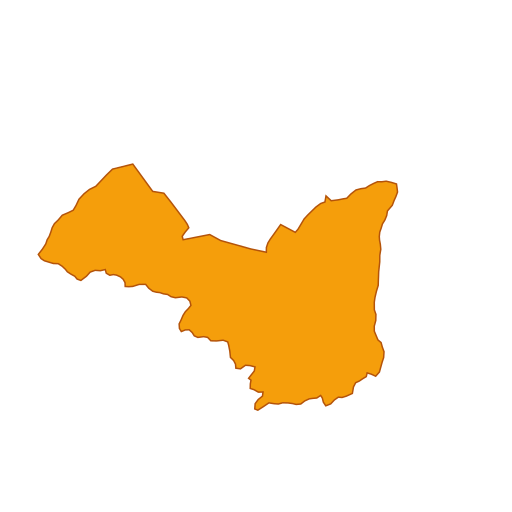 the district of São José do Jacuípe, Bahia, Brazil, rotated 43°
{"feature_id": "56859067B82221409109894", "entity_name": "São José do Jacuípe", "entity_type": "district", "adm_level": 2, "iso_a3": "BRA", "parent_name": "Brazil", "parent_adm1": "Bahia", "projection": "equal_earth", "projection_center": [-39.906, -11.422], "detail": "fine", "context": "isolated", "style": "filled", "palette": "amber", "viewbox_px": 512, "rotation_deg": 43, "n_neighbors": 0, "source": "geoboundaries", "source_scale": "gbopen_adm2", "svg_char_len": 2755}
<svg xmlns="http://www.w3.org/2000/svg" viewBox="0 0 512 512"><g transform="rotate(43 256 256)"><path d="M280.8,348.8L285.1,345.0L289.4,340.0L293.9,338.1L297.0,340.0L301.8,343.5L306.5,347.6L311.0,347.7L314.8,349.1L317.8,351.8L321.6,349.1L322.8,343.1L326.4,340.2L330.9,337.8L333.2,341.3L333.6,346.3L334.0,350.5L337.0,350.2L339.0,353.3L342.1,356.8L345.8,355.1L350.5,354.0L353.9,350.7L356.3,354.1L355.5,359.4L356.1,364.6L359.4,368.7L362.5,367.5L364.1,361.2L365.6,354.6L369.8,351.8L373.3,349.0L375.6,345.2L379.8,341.5L383.5,338.9L386.6,337.2L389.7,333.7L390.5,328.7L392.4,324.1L394.7,321.3L397.3,318.4L398.4,313.9L401.3,314.6L405.0,317.0L409.2,318.0L411.5,313.2L411.5,307.8L412.5,303.1L415.4,300.8L417.6,297.0L420.2,290.8L416.6,285.3L415.3,280.7L416.8,277.1L417.8,272.8L418.9,269.0L417.0,265.7L420.9,263.8L425.5,262.3L425.4,256.7L420.7,247.7L418.6,243.2L414.9,238.7L410.4,236.4L406.5,234.0L402.4,234.2L398.6,232.5L393.8,230.3L390.3,226.6L387.6,221.5L383.5,216.9L379.3,214.7L374.0,209.1L371.3,205.2L368.1,199.6L365.4,194.1L362.3,190.6L359.9,187.8L356.5,183.9L353.2,179.5L350.5,175.9L346.0,171.0L342.7,166.0L339.0,162.7L335.6,160.2L332.9,157.7L330.2,154.1L328.7,150.6L326.6,146.3L325.7,141.8L324.0,137.3L321.4,133.4L321.1,126.0L319.1,121.1L317.8,117.2L315.9,112.7L312.7,110.0L309.6,107.5L304.7,109.9L300.2,112.5L297.3,116.0L294.2,118.8L292.5,122.8L290.9,127.2L289.8,131.6L286.9,135.1L284.1,139.5L283.1,146.0L283.0,151.9L280.8,154.7L277.8,158.9L273.3,164.3L269.6,164.3L266.2,164.3L269.6,169.5L267.5,173.5L266.4,179.5L265.9,190.6L265.9,195.9L267.2,201.9L268.5,207.9L268.6,211.9L252.6,216.2L253.6,223.5L254.4,229.6L254.9,233.7L255.8,238.3L257.8,242.7L261.0,246.2L247.4,254.4L219.6,268.8L207.5,271.9L191.6,293.8L188.6,291.9L187.9,286.9L187.6,281.2L184.2,279.7L179.7,278.6L156.9,274.6L145.8,272.9L136.4,279.2L103.2,272.8L91.8,290.3L91.4,298.6L91.3,314.3L88.8,320.9L87.8,327.7L87.8,335.2L89.9,341.7L91.1,347.2L89.2,352.2L86.5,358.3L86.8,364.7L86.5,369.7L87.6,374.2L89.7,378.6L91.4,382.7L92.2,386.6L94.0,390.5L95.1,396.6L95.7,403.3L100.6,404.5L104.5,403.8L108.0,402.1L112.9,399.7L116.6,396.5L121.1,395.7L125.6,395.7L128.8,396.2L132.9,395.5L137.3,394.4L140.9,394.9L144.6,393.3L145.8,386.4L145.7,380.9L148.1,376.2L152.2,372.9L155.0,368.7L158.2,370.7L162.2,369.8L164.3,366.9L167.0,365.1L171.1,363.7L174.8,363.6L178.4,364.8L181.1,367.5L183.9,365.2L186.6,362.3L189.9,356.5L194.6,352.0L199.6,352.7L204.5,352.2L207.7,350.5L210.7,348.3L214.1,346.8L217.6,344.4L221.6,343.7L225.5,341.5L229.7,336.5L233.9,333.9L238.4,334.1L242.1,336.5L242.4,340.6L242.3,344.8L243.1,349.1L244.9,354.1L246.1,358.1L249.4,361.2L252.9,362.2L254.7,358.3L257.5,355.5L261.6,355.5L265.3,356.5L269.0,355.2L272.7,350.7L276.1,348.5L280.8,348.8Z" fill="#f59e0b" stroke="#b45309" stroke-width="1.5"/></g></svg>